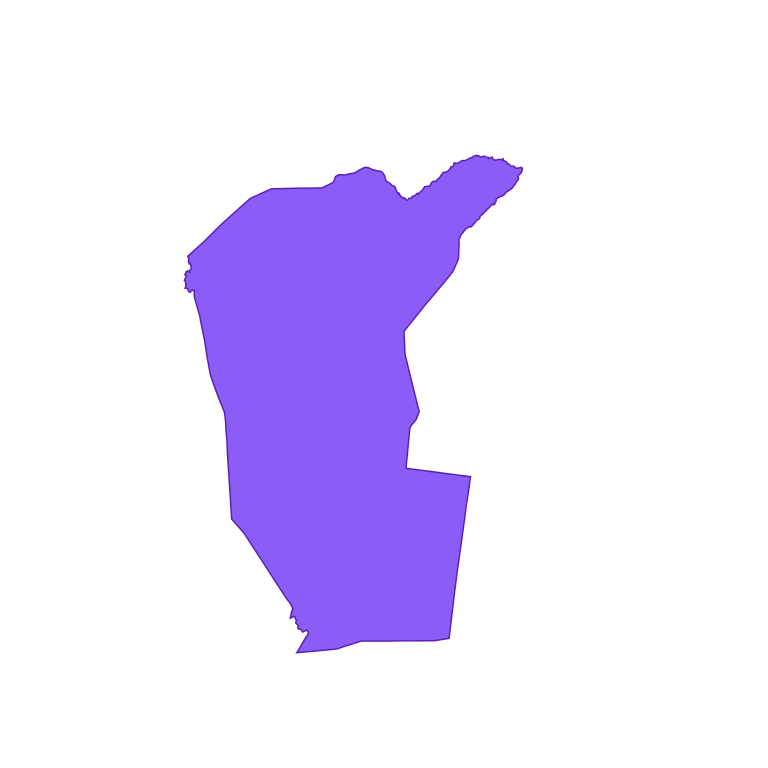 Santo Domingo Nuxaá, Oaxaca, Mexico, rotated 226°
{"feature_id": "50627088B43752024879385", "entity_name": "Santo Domingo Nuxaá", "entity_type": "district", "adm_level": 2, "iso_a3": "MEX", "parent_name": "Mexico", "parent_adm1": "Oaxaca", "projection": "equal_earth", "projection_center": [-97.046, 17.162], "detail": "fine", "context": "isolated", "style": "filled", "palette": "violet", "viewbox_px": 768, "rotation_deg": 226, "n_neighbors": 0, "source": "geoboundaries", "source_scale": "gbopen_adm2", "svg_char_len": 5955}
<svg xmlns="http://www.w3.org/2000/svg" viewBox="0 0 768 768"><g transform="rotate(226 384 384)"><path d="M443.0,633.4L444.0,633.3L444.7,632.9L445.2,631.9L445.8,631.0L446.9,629.3L447.8,629.0L448.2,628.9L448.3,628.6L448.6,628.4L449.6,628.8L450.7,628.6L451.2,628.1L451.7,627.6L452.4,626.8L452.9,626.4L453.9,626.7L454.8,626.8L455.4,626.8L456.3,625.5L456.7,625.5L458.3,626.5L460.9,625.7L461.5,625.0L462.2,625.0L463.2,626.1L463.6,625.0L464.5,623.4L465.1,623.2L465.7,622.7L466.2,622.3L466.3,621.8L466.6,621.2L466.9,620.6L467.3,619.7L467.7,619.7L468.1,619.5L468.4,619.2L469.2,618.8L469.9,618.5L470.6,618.7L471.2,619.1L472.0,619.6L472.6,618.2L473.0,616.6L473.4,616.0L474.3,616.5L474.7,616.3L475.1,615.8L475.4,615.1L475.8,614.9L476.3,615.0L477.6,614.8L478.0,614.6L478.4,614.1L478.8,613.5L479.0,613.1L479.2,612.4L479.5,611.8L480.0,611.4L480.7,611.1L481.8,610.8L482.4,610.6L483.0,610.2L483.3,609.7L484.0,609.4L484.4,609.2L485.8,606.2L485.8,604.5L486.1,603.9L486.7,603.2L487.1,601.9L487.4,600.3L487.5,599.8L488.3,598.0L488.5,597.5L489.0,596.9L489.4,596.3L489.9,596.0L490.4,595.5L490.6,595.1L490.7,594.5L490.8,593.8L490.9,592.9L490.9,592.1L491.4,591.4L491.8,590.4L492.2,589.6L492.5,589.4L494.2,588.1L494.2,587.4L492.6,586.3L492.8,585.9L492.7,584.8L492.9,584.0L493.7,583.0L493.2,582.0L493.1,581.5L492.9,580.7L492.9,580.2L492.8,579.4L492.8,578.8L492.9,578.3L492.8,577.6L492.9,577.1L493.9,574.7L494.8,574.2L495.1,573.3L495.0,572.7L494.6,571.9L494.4,570.6L494.4,569.6L494.1,568.6L493.9,567.9L493.8,566.7L493.9,565.8L494.1,564.9L494.0,563.7L493.9,563.0L493.6,562.1L493.8,561.6L494.3,561.5L495.0,560.9L495.2,560.6L495.6,560.1L495.8,559.5L495.9,558.6L495.8,557.7L495.3,556.8L495.0,555.7L494.7,554.6L495.2,553.7L495.7,552.7L496.3,552.3L497.7,550.3L497.2,548.4L496.8,546.4L496.9,545.3L496.9,544.3L496.9,543.1L496.7,542.0L496.5,540.8L496.9,540.6L497.9,540.8L498.2,539.9L498.1,538.8L498.3,536.2L498.5,535.7L499.2,535.1L499.4,534.9L499.3,534.4L498.6,533.6L498.9,532.2L500.0,531.5L500.2,531.0L499.9,529.8L499.9,528.7L500.4,528.3L500.8,528.1L501.4,528.0L501.9,528.0L502.4,528.3L502.8,528.3L503.5,527.7L503.7,527.1L503.9,527.1L504.3,527.3L504.6,527.3L504.8,527.1L505.1,527.1L505.3,526.8L505.5,526.9L505.9,526.6L506.0,526.3L506.4,526.2L507.1,526.3L507.7,526.4L507.9,526.8L508.1,526.8L508.4,526.9L508.8,526.6L509.2,526.5L509.5,526.2L510.0,526.5L510.5,527.5L511.0,527.3L511.4,526.7L511.7,526.6L511.9,526.6L512.2,526.8L512.6,526.6L512.8,526.7L515.5,527.5L517.0,528.6L519.0,528.9L521.4,527.7L523.5,527.7L525.8,527.4L528.0,526.6L529.7,527.0L531.8,528.2L533.7,529.3L538.0,529.9L540.8,528.5L541.5,527.4L543.3,526.5L544.5,525.9L546.0,524.4L547.9,524.1L549.8,523.3L552.3,521.7L553.4,520.0L554.3,517.5L555.0,514.9L555.6,512.0L556.2,510.0L556.6,508.8L557.9,507.2L558.8,505.6L560.1,503.6L561.5,501.0L563.9,499.0L566.0,496.7L566.9,493.4L566.2,491.4L565.3,490.3L564.5,488.1L564.3,487.5L568.0,475.8L576.1,467.0L581.7,461.2L587.3,455.2L594.1,447.8L602.7,438.5L610.4,416.6L611.8,379.9L611.5,353.0L612.2,331.5L610.0,330.8L608.9,329.6L608.5,329.2L607.8,328.3L607.3,328.1L607.1,327.9L606.2,328.3L605.9,327.3L604.5,328.1L602.9,327.1L602.1,326.3L601.5,326.2L600.8,325.1L600.9,323.9L600.6,323.2L599.3,321.9L600.1,321.4L600.8,322.0L601.9,321.1L602.1,319.1L600.7,317.9L601.1,317.4L601.0,316.7L599.9,316.9L598.5,315.8L597.3,312.4L595.2,312.1L592.0,309.5L591.1,307.5L590.0,308.6L588.3,308.7L586.2,307.6L584.5,308.4L584.9,309.6L584.8,311.0L584.6,311.5L583.8,311.5L583.0,312.3L582.2,311.8L580.0,309.4L578.2,308.1L577.0,307.3L576.9,307.3L574.0,305.7L568.7,302.9L560.0,298.2L557.1,296.0L556.4,295.7L555.2,294.9L540.0,285.2L525.7,275.1L511.2,265.5L504.2,262.2L500.3,260.4L491.6,256.6L490.9,256.2L490.7,256.1L489.7,255.7L483.4,253.2L475.0,249.8L473.4,248.7L472.1,247.9L471.1,247.0L470.7,246.8L470.0,246.2L468.8,245.3L468.5,245.2L468.1,244.7L466.5,243.5L466.2,243.2L459.9,237.7L452.0,231.4L443.8,224.0L428.0,210.6L406.7,192.5L401.4,188.0L399.8,186.7L392.7,180.6L373.8,179.7L298.5,165.0L292.3,164.3L288.1,163.3L286.0,162.5L285.1,161.1L283.9,158.4L283.0,157.7L280.7,153.9L279.1,158.1L278.5,158.4L277.1,157.3L275.0,156.8L273.2,154.4L270.5,154.7L268.5,152.6L267.1,152.3L264.9,153.8L262.1,153.2L260.5,157.5L259.3,157.4L256.9,156.2L255.8,150.6L252.8,140.4L251.3,134.6L241.8,146.4L233.5,156.7L227.7,164.1L226.8,165.4L225.9,166.5L223.9,170.8L222.3,174.2L220.8,177.0L217.9,183.0L216.6,185.5L214.8,189.2L209.8,194.3L204.4,199.9L201.3,203.1L193.9,210.8L192.5,212.4L189.7,215.4L188.1,217.1L183.9,221.5L179.4,226.2L172.0,233.9L166.4,239.8L164.4,241.9L155.8,254.1L156.4,254.9L156.6,255.1L159.1,258.2L162.8,262.7L182.0,286.2L196.5,304.2L205.4,315.6L229.1,345.9L240.4,360.0L248.0,370.1L257.2,381.8L308.1,341.3L334.2,371.8L335.2,374.3L336.0,382.1L339.8,390.4L340.7,390.7L355.6,399.3L390.4,419.5L402.4,430.0L402.5,430.1L403.1,430.6L408.0,435.0L411.1,459.3L412.4,469.4L413.3,479.1L415.9,503.1L417.1,511.8L422.3,524.5L432.8,535.5L435.8,538.0L436.2,538.8L436.8,541.0L437.2,541.7L437.7,542.4L437.9,543.9L438.0,545.3L438.2,546.8L438.5,547.4L438.6,548.0L438.3,548.7L438.4,549.3L438.9,550.0L438.8,551.2L438.4,551.7L438.1,552.5L438.3,553.4L438.2,554.2L437.4,555.2L436.8,555.3L436.5,556.9L436.5,557.9L436.7,558.8L436.7,559.6L436.8,561.1L437.0,562.8L437.3,564.0L437.4,564.8L436.9,565.4L436.7,565.9L436.7,567.3L436.9,568.4L437.9,569.0L437.6,574.3L437.9,574.6L438.0,575.8L437.8,576.7L437.8,577.6L437.6,578.3L438.2,579.0L438.1,580.1L437.7,580.8L438.1,584.0L438.0,584.4L438.0,585.7L437.9,587.3L436.6,587.5L436.4,588.3L436.8,589.1L437.3,590.0L437.6,591.3L438.1,592.2L438.8,592.9L439.1,593.3L438.9,593.7L438.9,594.2L438.7,595.6L438.3,596.4L437.8,598.6L437.2,599.4L436.8,600.9L436.6,602.2L437.1,603.0L436.8,606.9L436.5,607.1L436.7,607.9L436.2,609.8L436.3,610.3L436.0,610.3L435.9,612.9L436.3,614.5L436.6,616.0L436.7,617.6L437.3,619.0L437.5,620.5L437.7,622.3L437.9,622.9L438.6,623.6L439.8,624.5L440.3,625.2L440.7,626.7L440.6,627.5L440.6,628.3L440.8,630.1L441.4,631.1L442.5,632.8L443.0,633.4Z" fill="#8b5cf6" stroke="#5b21b6" stroke-width="1.5"/></g></svg>